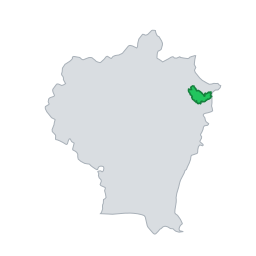 Khoiniki, Gomel, Belarus (highlighted), rotated 279°
{"feature_id": "67162791B63950130624576", "entity_name": "Khoiniki", "entity_type": "district", "adm_level": 2, "iso_a3": "BLR", "parent_name": "Belarus", "parent_adm1": "Gomel", "projection": "albers", "projection_center": [29.942, 51.823], "detail": "fine", "context": "in_parent", "style": "filled", "palette": "green", "viewbox_px": 256, "rotation_deg": 279, "n_neighbors": 0, "source": "geoboundaries", "source_scale": "gbopen_adm2", "svg_char_len": 7332}
<svg xmlns="http://www.w3.org/2000/svg" viewBox="0 0 256 256"><g transform="rotate(279 128 128)"><path d="M210.0,183.5L206.0,183.3L201.1,183.5L198.4,185.5L195.5,184.6L193.4,185.7L188.6,191.0L186.7,193.9L185.0,198.2L183.9,201.5L184.5,203.7L185.5,205.8L185.7,208.0L186.1,209.8L184.9,211.1L184.3,213.0L182.2,212.7L179.7,210.9L179.1,208.3L177.2,206.5L175.9,205.6L173.8,205.5L170.4,206.3L166.0,207.0L162.7,207.1L160.9,208.0L158.2,208.9L157.2,207.8L155.7,204.9L154.6,202.0L153.7,200.7L153.0,200.3L152.1,200.4L151.1,201.3L150.3,202.2L147.5,203.3L146.3,204.3L144.9,207.0L144.0,206.8L143.1,206.1L142.1,203.1L140.7,202.4L138.4,202.3L135.5,201.6L133.2,200.7L132.3,200.8L130.9,202.1L129.4,202.2L126.1,201.0L125.5,201.5L123.5,204.7L122.6,204.9L122.1,204.4L122.5,201.6L120.6,200.5L117.4,200.3L115.1,200.6L114.0,200.4L113.5,199.9L110.9,194.9L109.4,194.6L106.8,194.7L103.0,194.0L98.6,192.7L96.2,192.2L95.0,191.0L92.3,190.5L85.0,188.1L82.1,187.6L77.7,187.3L71.0,186.4L66.7,186.4L64.7,186.9L62.3,187.2L54.3,187.2L51.5,187.5L50.6,188.4L49.5,190.6L45.9,194.1L42.5,196.4L41.9,196.6L40.1,195.1L38.6,194.5L36.8,194.2L35.4,194.5L34.6,195.1L34.4,198.0L34.2,198.3L33.1,194.7L33.5,191.5L34.4,189.8L35.5,188.2L35.3,185.7L36.6,182.6L36.8,180.3L36.5,179.2L35.8,178.0L33.9,176.5L33.1,175.4L30.4,173.8L27.8,171.9L27.4,170.8L27.6,170.1L28.2,169.1L30.6,166.2L33.1,163.3L34.7,162.2L42.7,159.0L44.0,157.7L44.5,155.5L44.8,150.8L44.6,146.5L44.3,143.5L43.3,137.9L40.4,126.2L39.1,114.2L40.5,115.0L44.1,115.6L47.0,115.0L48.4,115.0L49.7,115.4L53.5,115.0L54.4,116.2L55.9,117.2L59.3,116.1L62.4,114.7L65.3,115.1L65.8,114.3L66.9,110.2L67.8,109.3L71.4,110.0L72.8,109.3L74.3,107.3L76.5,106.2L78.3,106.3L80.2,105.0L81.0,106.0L81.4,107.8L80.7,109.1L80.9,109.7L82.1,110.4L84.3,110.5L85.7,110.0L86.1,109.3L86.2,107.8L85.9,106.5L85.1,105.3L83.4,104.6L82.2,104.5L82.0,103.7L82.5,102.2L83.8,99.4L85.2,96.8L86.1,95.9L86.3,95.0L86.2,93.4L86.3,90.6L87.7,86.6L89.5,83.7L91.6,82.9L94.2,82.5L95.9,81.2L96.8,79.6L97.7,77.0L98.5,76.6L104.6,77.2L105.7,74.6L106.3,74.0L107.5,73.2L108.3,72.4L108.0,71.7L106.5,71.1L102.8,70.6L102.1,69.7L102.4,68.7L103.5,66.1L104.6,62.7L105.2,60.1L105.3,58.5L105.9,58.1L108.9,57.8L109.9,57.3L112.6,53.8L114.6,53.3L119.6,54.4L121.9,54.4L124.8,54.7L125.1,54.4L126.2,50.9L131.3,45.3L134.0,43.4L135.7,43.0L136.3,43.1L138.9,46.2L139.5,46.3L141.3,45.1L144.3,45.1L145.7,46.2L147.7,49.9L148.7,50.3L151.8,48.3L153.4,47.7L154.5,47.7L160.1,50.6L160.5,51.5L160.5,52.6L159.6,56.0L160.8,58.0L162.1,59.4L165.0,57.1L166.1,56.5L167.3,56.5L168.8,55.6L170.0,54.3L171.0,53.9L173.1,54.2L176.9,53.9L181.2,55.9L181.6,56.5L183.8,58.9L184.6,60.0L185.3,60.4L186.5,61.5L188.1,62.3L189.1,62.0L189.7,62.4L190.2,63.3L190.2,64.9L190.1,69.3L188.6,71.6L188.4,72.5L188.5,73.4L189.7,75.3L191.4,78.3L191.8,80.0L191.8,81.3L189.6,85.2L188.9,86.1L188.4,87.9L188.2,89.9L188.4,90.6L192.1,93.6L194.9,95.2L195.5,96.0L195.6,96.5L194.2,99.8L194.1,100.7L196.3,102.0L197.6,104.1L198.7,107.6L200.9,110.8L208.9,115.5L209.7,116.4L209.9,117.4L209.7,119.7L208.4,124.1L209.8,124.7L213.3,124.4L217.6,124.8L222.8,127.7L222.9,129.1L222.4,130.4L222.8,131.7L223.4,132.8L228.0,136.1L228.4,137.0L228.6,138.7L228.5,139.9L227.3,140.2L225.9,140.9L223.7,142.4L222.9,144.5L219.3,147.5L217.1,148.8L215.3,149.0L211.0,148.5L209.4,147.1L208.8,145.8L207.1,145.3L204.9,145.3L201.9,145.6L201.3,146.0L200.8,147.6L199.6,150.3L198.7,151.9L202.7,157.2L204.6,159.4L205.3,160.7L205.3,161.7L204.4,162.8L204.6,165.1L206.5,168.1L205.9,168.6L205.8,172.3L205.9,176.2L206.4,177.2L207.5,177.9L208.4,179.4L209.9,182.6L210.0,183.5Z" fill="#d9dde1" stroke="#a8b0b8" stroke-width="1"/><path d="M172.1,205.5L172.2,205.4L172.5,205.5L172.7,205.1L172.8,204.9L172.9,204.6L173.1,204.3L173.4,204.3L173.7,204.4L174.0,204.4L174.3,204.5L174.8,204.6L175.1,204.7L175.4,204.3L175.8,204.3L176.2,204.5L176.4,204.4L176.5,204.3L176.6,204.2L176.3,203.9L175.6,203.6L175.5,203.4L175.7,203.1L176.0,202.8L176.2,202.6L176.1,202.3L175.8,202.1L175.9,201.9L175.6,201.5L175.4,201.4L175.0,201.3L174.8,201.2L174.7,201.0L174.7,200.8L174.6,200.6L174.4,200.5L174.1,200.2L174.0,199.9L174.1,199.7L174.3,199.3L174.4,199.1L174.5,198.9L174.3,198.7L174.0,198.6L173.8,198.5L173.4,198.3L173.1,198.1L172.9,198.3L172.8,198.5L172.7,198.8L172.3,198.9L171.9,198.8L171.6,198.7L171.4,198.7L171.4,198.4L171.5,198.2L171.8,197.7L172.0,197.7L172.2,197.9L172.4,197.9L172.6,197.7L172.8,197.2L173.0,196.7L173.2,196.3L173.3,196.2L173.6,196.1L173.8,195.9L173.7,195.6L173.8,195.3L174.1,195.3L174.3,195.2L174.6,195.0L174.7,194.7L174.7,194.3L174.7,194.1L174.7,193.8L174.8,193.7L175.0,193.6L175.3,193.6L175.4,193.3L175.5,193.1L175.7,192.8L175.6,192.5L175.8,192.3L176.0,191.9L176.1,191.6L176.1,191.2L175.8,190.9L175.6,190.6L175.7,190.3L175.5,190.2L175.5,189.9L175.9,189.7L176.3,189.6L176.4,189.4L176.6,189.1L176.8,189.0L177.0,188.9L177.3,188.9L177.5,188.8L177.5,188.6L177.4,188.4L177.6,188.2L177.9,188.1L178.1,187.9L178.4,187.7L178.6,187.5L178.8,187.3L178.8,187.0L179.0,186.8L179.2,186.7L179.4,186.6L179.7,186.6L179.7,186.3L179.7,185.9L179.8,185.4L179.6,185.2L179.4,184.9L179.2,184.7L179.0,184.4L178.8,184.2L178.7,184.1L178.4,183.9L178.2,183.7L177.9,183.7L177.9,183.8L177.8,184.0L177.6,184.1L177.4,184.2L177.2,184.1L176.9,184.0L176.7,184.0L176.4,184.0L176.2,184.1L176.1,184.3L176.0,184.5L175.9,184.6L175.8,184.3L175.7,184.0L175.7,183.3L175.8,182.8L175.8,182.5L175.9,182.3L175.9,182.2L176.0,182.1L176.0,181.8L175.9,181.7L175.7,181.7L175.5,181.8L175.4,181.8L175.1,181.8L174.9,181.8L174.8,182.0L174.7,182.0L174.4,181.9L174.2,181.9L174.0,182.0L173.7,182.1L173.3,182.4L172.9,182.7L172.7,182.9L172.5,183.1L172.4,183.3L172.3,183.6L172.2,183.7L172.0,183.8L171.8,183.8L171.7,184.0L171.4,184.1L171.2,184.2L170.9,184.2L170.7,184.2L170.6,184.3L170.5,184.5L170.5,184.8L170.4,185.1L170.2,185.3L169.9,185.6L169.7,185.8L169.6,186.0L169.5,186.3L169.3,186.4L169.1,186.5L168.9,186.5L168.7,186.5L168.6,186.4L168.4,186.3L168.3,186.2L168.1,186.3L167.9,186.3L167.7,186.5L167.4,186.7L167.2,186.8L167.0,187.0L166.7,187.1L166.4,187.3L166.3,187.5L166.3,187.8L166.2,188.0L166.0,188.3L166.0,188.6L166.0,188.8L165.9,188.9L165.7,189.0L165.4,189.1L165.2,189.3L165.1,189.6L165.1,189.8L164.9,190.1L164.7,190.3L164.7,190.5L164.8,190.7L164.8,190.9L164.8,191.0L165.0,191.2L165.1,191.3L165.3,191.4L165.4,191.5L165.2,191.6L164.9,191.5L164.7,191.4L164.5,191.5L164.4,191.6L164.2,191.4L164.2,191.2L163.9,191.3L163.9,191.6L163.8,191.9L163.8,192.0L163.8,192.3L163.7,192.5L163.5,192.9L163.3,193.1L163.1,193.1L163.0,193.3L163.0,193.5L163.1,193.8L163.3,193.9L163.4,194.0L163.6,194.2L163.7,194.4L163.7,194.7L163.7,194.9L163.6,195.1L163.5,195.4L163.5,195.6L163.3,195.7L163.4,195.9L163.5,196.0L163.9,196.1L164.2,196.1L164.3,196.0L164.5,195.9L164.7,196.0L164.8,196.1L165.0,196.2L165.2,195.9L165.4,195.9L165.6,196.0L165.6,196.3L165.7,196.5L165.9,196.7L166.1,196.8L166.1,197.0L165.8,197.2L165.7,197.3L165.5,197.5L165.6,198.0L165.8,198.5L165.9,198.8L165.9,199.2L166.0,199.4L166.1,199.6L166.2,199.8L166.4,200.0L166.6,200.2L166.8,200.3L167.1,200.4L167.3,200.5L167.5,200.6L167.5,200.8L167.5,201.0L167.7,201.3L168.0,201.4L168.2,201.5L168.4,201.7L168.7,201.9L168.9,202.0L169.0,202.1L169.0,202.4L168.8,202.5L169.0,202.9L169.1,203.2L169.4,203.6L169.5,203.7L169.7,203.9L169.9,204.0L170.1,204.1L170.2,204.3L170.3,204.5L170.6,204.8L170.8,205.0L171.0,205.0L171.3,204.9L171.5,204.8L171.8,205.1L172.0,205.3L172.1,205.5Z" fill="#22c55e" stroke="#15803d" stroke-width="1.5"/></g></svg>